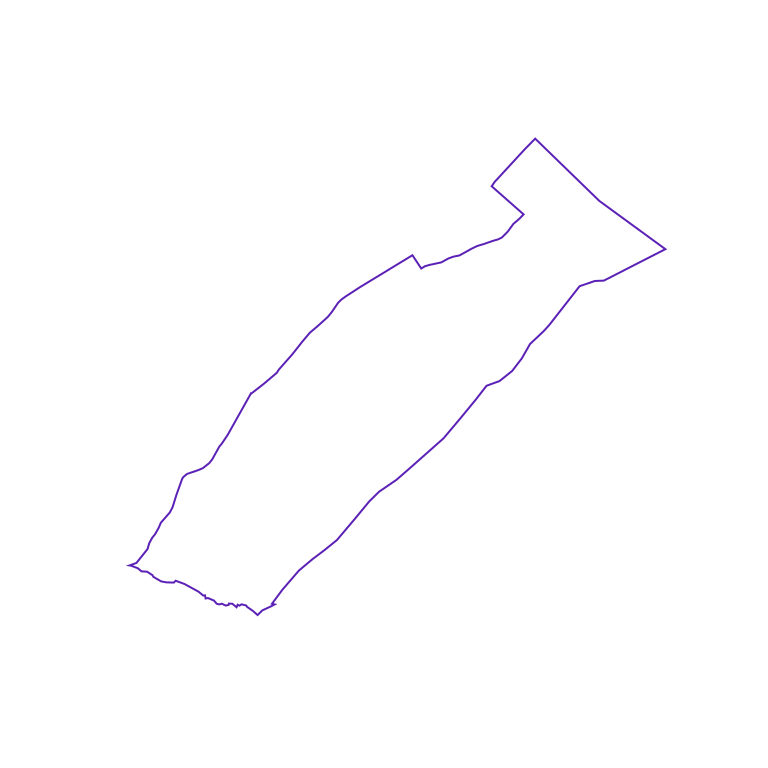 Aana Alofi II, A'ana, Samoa, rotated 240°
{"feature_id": "51752279B99154731700869", "entity_name": "Aana Alofi II", "entity_type": "district", "adm_level": 2, "iso_a3": "WSM", "parent_name": "Samoa", "parent_adm1": "A'ana", "projection": "mercator", "projection_center": [-171.95, -13.853], "detail": "fine", "context": "isolated", "style": "outline", "palette": "violet", "viewbox_px": 768, "rotation_deg": 240, "n_neighbors": 0, "source": "geoboundaries", "source_scale": "gbopen_adm2", "svg_char_len": 1595}
<svg xmlns="http://www.w3.org/2000/svg" viewBox="0 0 768 768"><g transform="rotate(240 384 384)"><path d="M520.9,637.6L517.1,623.9L503.7,580.9L501.4,576.1L461.1,589.7L459.4,583.7L458.0,576.2L454.1,567.4L451.9,559.3L452.2,555.2L453.6,549.4L455.3,540.5L456.9,533.8L457.4,527.2L457.6,513.7L459.6,507.7L460.5,502.7L460.7,494.3L464.4,482.9L465.5,478.3L465.4,474.0L481.3,473.0L479.9,412.0L479.0,394.5L478.4,389.1L477.3,384.9L472.4,374.7L470.2,368.9L467.4,355.9L465.5,345.5L461.6,334.6L455.5,319.3L449.1,300.2L447.3,296.7L444.2,279.6L442.1,264.3L442.4,264.1L418.1,223.2L413.4,213.6L412.2,210.2L404.7,197.7L402.9,193.3L401.7,185.2L402.3,180.0L404.6,168.5L403.8,163.8L402.8,161.8L391.6,148.6L383.0,139.3L379.8,134.2L375.4,121.3L372.2,117.1L368.4,110.7L366.8,106.5L363.6,101.2L359.3,96.7L352.8,80.1L354.1,72.9L352.9,74.3L347.5,78.7L343.0,80.3L339.9,85.0L334.2,87.9L332.4,87.8L324.5,92.3L321.0,96.4L317.1,102.7L317.8,105.2L310.7,111.1L297.0,119.5L291.1,121.7L290.5,123.3L287.4,122.3L286.7,124.5L281.4,128.5L277.4,129.2L275.5,131.1L274.8,133.7L271.2,136.2L270.4,139.0L271.4,139.9L269.5,142.8L264.4,144.7L266.0,146.9L264.3,148.0L264.4,150.5L261.2,153.8L259.2,154.1L253.3,156.9L247.1,159.0L248.8,165.4L247.9,175.3L247.8,179.1L249.7,177.1L256.7,193.3L265.0,217.1L268.1,234.7L269.9,249.3L272.4,265.2L281.7,291.1L289.7,312.5L293.2,326.0L294.8,346.9L298.3,364.9L307.2,408.4L315.8,432.2L324.8,456.2L331.2,471.9L328.8,485.5L331.2,501.5L337.3,516.2L345.6,530.4L349.9,548.6L352.5,556.7L370.9,602.3L367.8,618.1L363.6,626.1L360.1,695.1L434.9,662.0L520.9,637.6Z" fill="none" stroke="#5b21b6" stroke-width="2"/></g></svg>